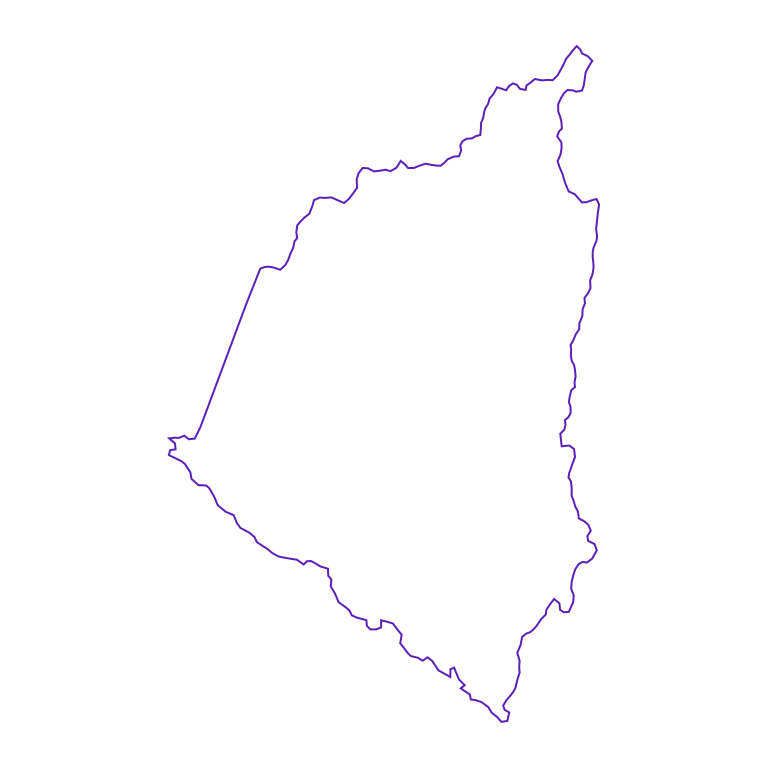 Urandi, Bahia, Brazil (Natural Earth projection)
{"feature_id": "56859067B88876690482253", "entity_name": "Urandi", "entity_type": "district", "adm_level": 2, "iso_a3": "BRA", "parent_name": "Brazil", "parent_adm1": "Bahia", "projection": "natural_earth1", "projection_center": [-42.654, -14.73], "detail": "fine", "context": "isolated", "style": "outline", "palette": "violet", "viewbox_px": 768, "rotation_deg": 0, "n_neighbors": 0, "source": "geoboundaries", "source_scale": "gbopen_adm2", "svg_char_len": 3787}
<svg xmlns="http://www.w3.org/2000/svg" viewBox="0 0 768 768"><path d="M590.8,530.7L588.3,524.8L584.3,521.3L578.8,518.4L578.0,511.7L575.3,506.6L573.5,500.6L571.6,495.4L571.7,488.3L571.0,481.6L568.5,477.4L569.3,472.7L571.0,468.2L572.5,463.6L575.0,457.1L574.1,449.1L569.3,445.5L561.7,446.3L561.1,441.1L560.3,433.7L564.3,429.7L565.5,424.8L564.9,420.1L568.3,417.3L570.6,413.2L570.6,407.3L568.9,401.9L569.9,395.7L571.4,390.0L575.0,387.1L574.5,382.2L575.6,376.5L575.0,370.0L574.1,365.1L571.7,360.9L570.8,355.2L571.2,349.9L570.6,344.9L573.6,339.7L575.6,334.6L579.2,329.3L579.4,323.1L582.3,316.3L582.6,309.4L584.9,303.4L584.5,297.8L587.9,293.5L590.5,288.1L590.1,280.5L592.5,274.3L593.6,267.2L593.3,262.5L592.7,257.4L592.7,252.1L593.6,247.5L596.5,240.7L597.1,236.3L596.1,228.9L597.0,221.2L597.8,213.3L599.1,204.5L596.5,199.0L591.3,200.4L586.9,202.1L582.0,202.5L578.8,198.8L574.8,194.2L568.7,191.4L565.5,184.0L563.9,179.1L562.6,174.2L559.5,167.0L557.6,161.1L560.5,154.6L561.6,148.0L561.4,142.4L557.2,136.4L559.0,131.5L561.9,128.5L561.4,121.6L560.1,116.6L558.2,111.3L558.2,104.0L561.1,97.9L563.9,93.3L567.5,90.0L572.3,90.3L576.5,91.7L582.0,90.5L583.8,85.4L585.7,72.2L588.9,66.2L592.3,60.9L587.9,56.3L582.2,53.5L580.1,49.3L576.7,46.1L572.7,50.6L569.3,55.0L566.0,59.0L564.1,63.4L560.7,69.8L557.6,75.3L552.7,80.2L547.0,79.9L542.0,80.4L534.9,79.0L531.2,82.1L526.6,85.4L525.5,90.0L519.9,88.8L516.9,84.9L512.9,83.4L509.2,85.9L506.1,90.3L502.2,88.9L497.1,87.3L493.5,94.0L489.6,98.5L488.1,103.9L485.0,108.9L483.9,113.7L483.0,118.4L481.1,122.8L480.9,128.0L480.3,135.0L475.6,136.2L471.7,138.5L466.7,138.7L462.6,141.2L460.3,145.3L461.2,150.2L459.0,156.3L453.8,156.6L447.6,159.3L444.3,162.8L440.5,165.8L435.7,165.5L431.1,164.8L425.6,163.7L419.7,165.6L413.9,168.0L408.1,168.0L404.5,164.0L400.7,160.9L396.4,167.8L390.4,171.2L385.7,169.7L379.9,170.7L374.0,171.4L367.9,168.3L362.6,168.0L358.6,173.2L356.7,179.3L357.1,187.8L353.1,193.4L348.7,199.1L344.0,203.0L338.1,200.4L331.4,197.4L325.1,197.9L319.8,197.6L314.0,200.1L312.3,206.2L309.3,213.8L304.6,217.4L300.2,221.8L297.3,225.3L296.3,232.2L297.1,238.1L294.5,241.3L293.2,247.7L290.4,253.9L288.0,260.3L285.1,265.3L280.3,269.7L273.5,267.5L268.6,266.7L264.7,267.0L260.3,268.6L246.0,304.7L200.7,426.4L194.8,438.6L188.9,439.2L184.3,435.7L179.0,437.9L174.4,437.7L169.2,438.4L175.0,443.4L175.6,449.3L170.1,450.2L168.9,455.1L180.9,460.9L184.9,463.9L190.4,472.4L191.5,478.9L198.5,485.2L206.2,485.5L209.4,488.3L214.4,497.1L217.7,505.2L225.6,511.7L233.6,515.1L236.9,523.0L240.5,528.0L249.4,532.7L254.4,537.0L257.1,542.3L263.8,546.7L267.7,549.2L272.5,553.2L278.4,556.4L284.9,557.8L297.1,559.8L303.6,564.5L307.1,561.1L311.2,561.1L315.3,563.3L320.1,566.3L327.9,568.7L328.3,575.8L331.4,579.7L330.8,586.6L335.0,593.6L338.6,602.2L345.6,607.2L349.4,610.4L351.8,615.3L356.5,617.5L366.4,620.2L366.9,626.0L370.4,629.4L376.1,629.4L381.1,627.4L381.1,620.3L386.2,621.5L392.9,623.5L396.5,628.4L401.7,634.8L400.2,643.2L403.3,647.1L407.5,652.8L410.7,656.0L418.0,657.8L422.6,660.7L427.5,657.3L432.1,660.8L438.4,670.3L450.3,677.0L450.4,669.3L454.1,667.6L456.5,673.6L459.0,679.5L464.7,685.2L460.7,688.4L469.9,694.5L470.8,699.5L475.9,700.2L481.5,702.1L488.3,707.1L491.7,712.8L497.6,717.4L501.4,721.9L507.3,720.9L509.3,712.5L504.6,709.8L503.2,705.6L506.2,700.5L510.0,696.1L513.1,692.1L515.4,688.1L517.5,679.2L519.6,672.8L519.2,667.3L519.6,660.8L517.3,652.8L520.5,645.2L522.2,636.8L526.2,633.6L530.0,632.3L533.5,629.4L536.9,625.5L541.1,619.2L545.7,614.6L546.5,609.6L550.6,603.5L554.1,599.0L559.4,603.3L560.1,609.8L563.9,612.3L568.9,611.8L571.2,606.5L573.1,602.2L573.8,595.4L571.2,589.0L571.6,582.2L573.3,575.3L575.2,569.4L578.5,564.2L582.6,562.0L587.0,562.5L592.2,558.6L594.6,554.3L596.8,550.2L594.5,544.1L588.1,540.8L587.4,536.2L590.8,530.7Z" fill="none" stroke="#5b21b6" stroke-width="2"/></svg>